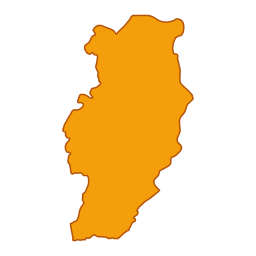 the border of Nan
{"feature_id": "THA-393", "entity_name": "Nan", "entity_type": "Province", "adm_level": 1, "iso_a3": "THA", "parent_name": "Thailand", "parent_adm1": "", "projection": "mercator", "projection_center": [100.668, 18.812], "detail": "fine", "context": "isolated", "style": "filled", "palette": "amber", "viewbox_px": 256, "rotation_deg": 0, "n_neighbors": 0, "source": "natural_earth", "source_scale": "10m", "svg_char_len": 4741}
<svg xmlns="http://www.w3.org/2000/svg" viewBox="0 0 256 256"><path d="M133.7,15.4L134.4,15.5L146.2,15.4L150.0,15.8L152.9,16.9L158.7,20.5L162.4,21.9L166.2,22.2L170.0,21.7L173.2,20.8L174.7,20.0L175.9,19.1L177.3,18.8L179.6,19.4L181.4,20.4L182.4,21.5L183.1,22.9L183.6,24.7L183.8,28.2L183.2,32.2L181.4,35.3L178.3,36.1L175.3,38.1L173.3,43.1L172.6,48.8L173.4,53.0L174.3,53.7L176.5,54.2L177.3,54.7L177.8,55.9L177.7,56.7L177.5,57.4L177.5,58.3L180.2,70.1L179.8,78.3L180.1,81.7L181.0,83.8L182.6,85.6L188.4,90.8L192.0,94.8L193.1,99.0L187.4,104.5L186.5,106.5L185.2,111.1L183.9,113.2L180.7,117.0L179.6,119.5L179.4,122.2L180.1,130.6L179.5,133.0L177.5,137.6L177.0,139.8L177.8,142.4L180.9,145.5L181.6,147.8L180.9,149.9L179.2,152.2L175.5,155.7L174.3,156.3L172.0,157.2L171.1,158.1L170.7,159.5L170.8,162.6L170.3,164.2L168.6,165.9L160.0,170.7L159.5,171.3L159.2,172.8L158.3,175.5L154.4,179.5L153.7,182.3L154.6,184.7L156.4,187.2L159.5,190.2L158.6,191.4L150.2,198.2L145.2,201.4L138.9,207.2L137.2,210.0L137.1,210.4L137.0,210.8L137.2,211.2L137.6,211.4L137.9,211.8L138.0,212.5L137.7,213.7L137.4,214.4L136.7,215.0L134.4,216.7L133.8,217.4L133.7,217.9L134.0,218.2L134.8,218.6L135.2,219.0L135.5,219.5L135.4,220.4L135.2,220.9L134.9,221.2L132.5,222.6L132.0,223.2L131.6,223.7L131.1,225.2L129.4,228.4L129.1,229.6L128.7,230.1L128.3,230.5L127.8,230.6L127.3,230.7L124.3,232.9L118.9,237.7L117.8,238.6L117.2,238.6L114.9,238.6L112.7,238.1L112.2,238.1L109.4,238.5L108.3,238.5L107.8,238.3L107.1,237.7L106.7,237.4L106.3,237.2L105.8,237.1L103.7,237.0L102.8,236.7L102.3,236.7L100.3,236.8L99.8,236.7L98.2,236.7L94.5,235.1L93.3,235.0L92.7,235.3L91.6,236.5L89.8,237.9L89.2,238.2L88.4,238.2L86.8,238.0L86.1,238.1L85.6,238.6L85.1,239.7L82.1,239.8L80.6,240.2L80.0,240.2L77.9,239.7L77.3,239.8L76.6,240.0L75.7,240.4L75.1,240.6L74.5,240.6L73.9,240.6L73.5,240.4L72.8,240.0L73.0,238.3L70.6,225.4L70.5,223.8L70.9,223.5L71.3,223.3L72.3,223.0L73.0,222.5L74.2,221.7L74.6,221.5L76.1,221.1L76.8,220.5L77.4,219.3L78.6,216.2L79.0,214.4L79.5,211.2L79.7,210.4L80.8,207.8L81.2,207.1L82.5,205.3L83.6,203.5L83.8,202.8L83.7,202.2L83.5,201.8L82.7,200.6L82.6,199.9L82.5,199.0L82.8,195.8L82.7,194.7L82.8,194.2L83.0,193.8L83.2,193.6L83.9,193.2L84.9,192.3L85.2,191.9L85.6,191.4L88.1,185.2L88.5,183.7L88.7,182.4L88.6,181.3L88.6,179.3L88.5,178.3L88.3,177.6L87.8,176.2L87.5,175.9L87.1,175.6L86.6,175.5L84.4,175.6L84.0,175.5L83.7,175.4L83.4,175.2L83.2,175.1L82.9,174.9L82.5,174.2L82.3,173.7L82.0,173.4L81.7,173.1L81.2,173.0L80.6,172.9L79.5,172.9L77.9,173.2L77.3,173.2L75.7,172.9L75.2,172.9L74.7,173.0L74.2,173.2L73.0,173.9L72.5,174.0L72.0,173.9L71.6,173.7L71.4,173.4L71.1,173.0L71.0,172.6L69.9,165.1L69.7,164.6L69.5,164.2L68.2,162.5L68.0,161.6L68.0,160.9L68.7,156.2L68.8,155.7L69.0,155.3L69.3,154.9L70.2,154.4L70.5,153.9L70.6,153.5L70.4,153.1L70.0,152.8L69.6,152.6L69.1,152.4L67.4,152.2L67.0,152.0L66.5,151.5L66.1,150.7L65.5,149.1L65.4,147.9L65.4,147.0L65.4,146.3L65.7,145.2L66.0,144.3L66.5,143.4L67.0,142.7L67.9,141.7L68.2,141.4L69.1,140.3L69.5,139.1L69.5,138.5L69.2,138.1L68.6,138.0L67.5,137.8L66.9,137.5L66.4,137.0L65.7,135.7L65.5,134.7L65.6,133.3L65.6,132.6L65.3,132.1L64.3,131.7L63.7,131.5L63.0,130.7L62.9,129.9L63.0,129.4L63.5,127.9L64.6,124.3L72.4,110.9L73.1,110.3L73.6,110.1L74.0,110.0L74.6,109.9L77.6,110.0L78.5,109.7L79.7,109.1L81.8,107.6L82.6,106.8L83.1,106.2L83.3,105.4L83.3,104.9L83.2,104.4L83.1,103.9L82.8,103.5L82.5,103.2L81.6,102.8L81.0,102.7L79.9,102.6L78.1,102.6L77.8,101.8L77.8,100.5L79.0,97.1L79.6,95.6L80.3,94.7L80.7,94.6L81.2,94.5L82.5,94.4L83.2,94.5L84.2,94.6L85.2,94.9L86.1,95.3L88.5,96.8L89.6,97.6L90.0,97.8L90.6,98.0L91.1,98.1L91.7,98.1L92.5,97.9L92.7,97.4L92.7,97.0L90.6,94.5L90.4,94.1L90.2,93.7L90.0,93.3L90.0,92.8L90.2,91.9L90.6,91.0L91.5,89.1L92.2,88.6L92.7,88.3L93.2,88.3L93.7,88.2L95.2,87.7L95.7,87.6L96.2,87.5L97.0,87.0L98.0,86.3L99.9,84.5L100.6,83.6L100.8,82.8L100.5,82.5L100.1,82.2L99.7,81.9L99.3,81.7L99.1,81.3L98.8,80.3L98.7,78.6L98.6,78.0L98.4,77.6L98.1,77.2L98.0,76.7L97.8,76.2L97.8,75.7L98.0,74.0L98.0,72.8L97.9,72.2L97.8,71.7L97.6,71.2L96.7,69.6L96.2,68.2L95.9,67.3L95.8,66.7L97.0,61.3L97.2,59.0L97.6,57.3L97.6,56.8L97.5,56.3L97.1,55.4L96.8,55.1L96.3,54.9L95.8,54.8L94.8,54.8L94.3,54.7L94.0,54.4L93.3,53.2L93.0,52.9L92.5,52.7L92.0,52.7L91.6,52.8L91.3,53.2L91.0,53.6L90.7,53.9L90.3,54.1L89.8,54.1L88.7,53.9L87.9,53.5L87.1,53.0L86.8,52.6L85.7,51.1L85.1,49.8L84.9,49.2L84.7,47.1L84.8,46.3L85.0,45.7L85.6,45.0L89.2,42.2L90.2,40.5L91.0,38.3L91.6,37.3L92.0,36.6L92.7,36.0L93.6,35.5L94.1,35.4L94.6,35.1L95.1,34.8L95.3,34.3L95.2,33.8L95.1,33.4L94.4,32.3L93.1,30.2L94.6,27.7L97.4,25.6L100.9,25.4L111.7,29.6L113.6,30.7L114.8,32.1L115.8,33.5L116.8,33.9L118.1,32.0L124.2,26.2L129.6,19.7L131.2,16.9L131.7,16.3L133.0,15.5L133.7,15.4Z" fill="#f59e0b" stroke="#b45309" stroke-width="1.5"/></svg>